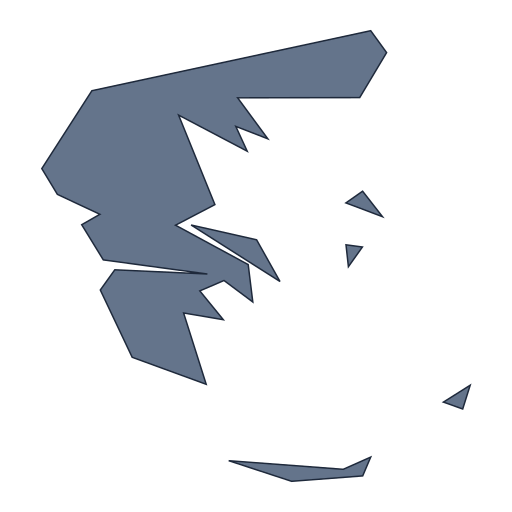 Greece, Mercator projection
{"feature_id": "GRC", "entity_name": "Greece", "entity_type": "country or territory", "adm_level": 0, "iso_a3": "GRC", "parent_name": "Europe", "parent_adm1": "", "projection": "mercator", "projection_center": [23.941, 38.339], "detail": "coarse", "context": "isolated", "style": "filled", "palette": "slate", "viewbox_px": 512, "rotation_deg": 0, "n_neighbors": 0, "source": "natural_earth", "source_scale": "50m", "svg_char_len": 726}
<svg xmlns="http://www.w3.org/2000/svg" viewBox="0 0 512 512"><path d="M370.7,30.7L386.6,52.6L359.7,97.6L237.6,97.8L267.8,138.8L235.8,126.4L247.2,151.2L178.6,115.1L214.9,204.6L175.5,225.2L248.2,264.6L252.8,302.0L224.0,280.5L199.8,290.9L223.3,319.7L183.6,313.0L206.2,384.3L132.2,357.3L100.3,290.0L114.8,269.8L207.4,274.0L103.3,259.9L81.7,224.7L99.9,214.3L57.4,194.4L41.8,168.6L91.9,90.7L370.7,30.7ZM228.7,460.7L343.2,469.3L370.7,457.1L362.7,475.9L291.6,481.3L228.7,460.7ZM191.1,225.0L256.6,239.8L280.0,281.5L191.1,225.0ZM362.6,191.2L382.5,216.7L345.9,202.9L362.6,191.2ZM462.7,409.0L443.4,402.1L470.2,385.2L462.7,409.0ZM362.4,247.0L348.4,266.7L346.0,244.8L362.4,247.0Z" fill="#64748b" stroke="#1e293b" stroke-width="1.5"/></svg>